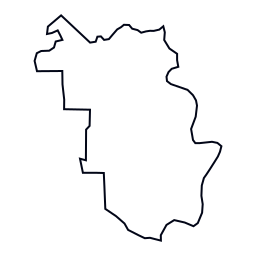 outline of Encantado, Rio Grande do Sul, Brazil
{"feature_id": "56859067B80302788565563", "entity_name": "Encantado", "entity_type": "district", "adm_level": 2, "iso_a3": "BRA", "parent_name": "Brazil", "parent_adm1": "Rio Grande do Sul", "projection": "orthographic", "projection_center": [-51.92, -29.215], "detail": "fine", "context": "isolated", "style": "outline", "palette": "ink", "viewbox_px": 256, "rotation_deg": 0, "n_neighbors": 0, "source": "geoboundaries", "source_scale": "gbopen_adm2", "svg_char_len": 1202}
<svg xmlns="http://www.w3.org/2000/svg" viewBox="0 0 256 256"><path d="M160.9,240.6L160.8,235.2L166.5,224.9L174.2,220.1L184.7,222.5L193.5,226.2L197.8,223.1L202.1,212.7L202.7,204.2L201.4,195.8L201.8,185.5L203.9,178.0L206.4,174.5L209.7,169.5L212.3,165.4L214.6,161.8L217.9,156.5L220.0,151.7L221.4,146.2L217.4,142.9L212.0,141.8L199.9,143.1L195.3,143.1L193.0,140.0L191.1,129.0L195.7,116.7L197.0,105.6L196.0,100.4L193.0,95.2L187.6,89.9L170.9,84.1L167.0,81.1L166.5,76.7L168.5,72.1L171.7,68.8L178.3,66.8L177.1,60.2L177.1,53.8L169.4,48.5L164.2,40.0L164.8,32.3L163.3,26.3L159.3,29.6L153.7,30.9L150.0,30.8L146.0,31.4L141.2,32.7L137.6,30.1L132.2,28.7L129.1,25.0L123.9,24.8L121.0,27.2L117.2,29.4L112.6,34.7L108.9,39.1L104.1,39.9L100.9,36.4L97.4,36.7L95.7,41.7L90.1,42.6L61.1,15.4L47.9,26.6L47.0,34.0L51.9,33.0L57.7,30.4L60.4,35.6L62.4,39.9L55.7,41.5L54.0,47.5L49.2,50.7L41.2,51.0L36.8,53.2L34.6,60.9L37.0,71.2L62.3,71.0L62.5,84.4L64.2,99.6L64.1,109.2L90.0,109.7L89.6,125.9L86.1,129.6L85.9,160.3L80.0,158.7L82.9,172.8L96.3,172.8L103.8,173.0L104.4,186.4L105.3,208.9L116.0,216.1L124.5,223.5L128.1,229.9L138.5,235.2L144.8,238.2L150.0,237.8L153.8,238.8L160.9,240.6Z" fill="none" stroke="#020617" stroke-width="2"/></svg>